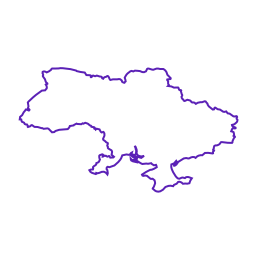 map outline of Ukraine (Natural Earth projection), rotated 4°
{"feature_id": "UKR", "entity_name": "Ukraine", "entity_type": "country or territory", "adm_level": 0, "iso_a3": "UKR", "parent_name": "Europe", "parent_adm1": "", "projection": "natural_earth1", "projection_center": [31.244, 48.371], "detail": "fine", "context": "isolated", "style": "outline", "palette": "violet", "viewbox_px": 256, "rotation_deg": 4, "n_neighbors": 0, "source": "natural_earth", "source_scale": "50m", "svg_char_len": 5869}
<svg xmlns="http://www.w3.org/2000/svg" viewBox="0 0 256 256"><g transform="rotate(4 128 128)"><path d="M176.1,168.9L179.0,172.9L180.5,174.3L181.5,174.9L182.8,175.0L185.1,173.8L186.1,173.6L188.3,174.0L189.1,173.2L190.2,172.8L191.7,172.7L195.2,173.7L193.8,176.2L193.1,178.8L191.1,179.4L188.9,179.4L186.7,179.8L185.3,178.7L184.3,178.3L182.9,178.0L181.8,178.3L180.4,180.2L177.9,181.5L177.1,182.9L174.6,182.6L172.5,182.9L169.5,184.2L167.2,187.1L164.6,188.9L162.6,189.4L160.7,189.2L159.5,188.7L156.9,186.8L157.1,186.1L157.9,184.8L158.9,181.3L158.7,180.1L158.1,178.3L156.1,176.9L154.5,177.2L153.6,176.8L150.3,174.4L148.5,174.2L146.5,174.7L145.7,174.4L145.2,173.5L149.1,170.6L153.0,168.2L154.7,167.9L156.9,166.8L159.4,165.1L159.0,163.7L158.5,162.8L156.5,163.4L154.4,162.3L153.6,161.5L150.5,162.3L148.7,162.2L144.8,162.9L143.0,162.2L139.4,160.2L138.0,159.8L136.8,159.9L136.2,159.2L137.0,158.9L138.8,158.6L139.1,158.2L139.0,157.6L137.1,157.1L135.4,156.9L133.5,155.6L135.4,155.6L137.4,156.1L140.5,156.3L143.3,156.9L146.0,154.7L143.2,155.5L140.5,155.0L139.4,154.3L138.6,153.2L138.2,152.1L138.4,151.0L138.1,149.0L136.9,146.3L135.9,145.4L136.9,147.4L137.2,148.7L137.8,149.9L137.7,153.0L137.3,154.1L136.2,154.4L133.2,153.9L133.6,152.2L132.7,152.8L131.6,154.5L130.6,154.7L128.3,154.5L124.2,155.7L123.3,158.6L122.5,160.1L120.7,162.6L117.1,166.3L112.2,168.4L110.5,168.1L109.8,168.6L109.5,169.2L109.5,170.5L110.3,171.4L111.0,174.5L110.7,175.8L109.0,174.1L107.0,173.3L104.8,173.6L102.4,174.8L100.7,175.3L99.4,175.0L99.2,175.7L99.5,175.9L99.1,176.2L95.3,175.3L93.6,174.4L92.4,172.8L93.6,172.1L95.9,171.8L96.1,170.9L95.8,169.5L96.7,168.4L98.0,167.5L98.8,166.6L98.9,165.2L100.3,164.6L101.5,163.5L101.8,162.3L102.2,161.5L101.5,159.8L101.3,158.6L101.3,157.6L101.7,157.1L104.0,156.1L104.5,156.1L104.7,156.4L104.7,158.3L105.3,158.1L105.9,157.0L106.4,157.3L107.0,157.5L107.8,157.2L109.0,157.9L109.7,158.0L110.9,157.3L111.4,157.4L112.4,158.8L115.4,158.4L116.0,157.7L113.5,155.9L113.8,153.0L113.5,152.1L113.0,151.4L111.1,150.5L109.6,149.7L109.3,149.3L109.2,148.0L108.6,147.3L108.5,146.7L108.9,145.8L109.0,144.9L108.9,144.5L107.0,143.6L106.4,142.9L104.3,141.6L104.0,141.1L103.9,140.5L104.6,138.5L105.0,137.4L105.0,136.7L104.8,135.0L104.0,133.8L103.6,133.6L102.1,134.3L101.5,134.0L100.8,133.3L99.7,131.4L96.8,130.9L95.9,131.8L95.5,131.0L95.0,130.7L94.5,131.0L94.3,130.7L94.6,129.9L93.9,129.5L92.3,129.5L91.4,129.3L91.3,128.7L90.8,128.3L89.9,128.1L89.1,127.6L88.2,126.8L87.0,126.3L85.0,125.8L83.2,126.8L82.4,126.5L81.1,127.5L77.1,127.5L76.4,127.2L73.9,128.7L73.6,129.2L69.8,130.1L69.4,131.5L68.0,133.3L59.5,134.6L55.9,136.0L54.7,137.2L52.5,137.6L48.8,134.3L47.6,134.0L43.9,134.7L42.5,134.1L41.8,134.2L37.8,133.3L34.6,133.4L32.2,131.9L31.4,131.9L30.3,133.1L28.1,134.0L27.9,133.8L27.8,133.3L27.9,132.8L26.9,131.5L25.8,131.6L24.7,131.2L24.0,130.0L22.8,129.5L21.9,129.3L21.5,128.8L20.9,126.9L19.4,127.0L19.6,124.4L21.5,122.6L22.8,119.7L24.5,117.3L24.7,116.7L25.2,116.6L27.9,117.5L28.3,117.2L28.4,116.5L26.8,115.2L27.2,113.3L26.3,109.5L27.0,108.5L31.2,104.0L34.0,101.3L39.5,96.7L42.7,96.2L43.7,94.7L44.1,94.3L44.2,93.0L43.7,91.4L42.9,90.4L43.2,90.1L44.0,89.9L44.5,89.5L44.4,89.1L43.1,88.1L42.6,87.3L41.8,85.2L39.5,82.4L39.4,81.8L39.7,81.1L39.5,80.3L38.9,79.3L39.0,77.9L40.2,77.4L41.2,77.5L42.0,77.7L43.0,78.2L45.2,77.0L47.1,75.4L47.6,74.4L48.1,74.0L54.1,73.5L56.5,73.0L58.8,72.9L66.6,73.3L72.2,74.3L72.8,74.8L76.6,75.4L81.0,75.7L82.8,78.1L86.4,78.0L87.4,78.4L87.3,79.7L87.5,79.9L88.0,79.8L89.1,78.4L89.5,78.1L91.3,78.6L92.1,78.5L92.9,78.0L93.3,77.9L96.2,78.6L97.4,78.6L98.2,78.9L98.8,80.2L99.8,80.6L100.5,79.4L101.2,78.9L102.7,78.4L103.7,77.6L104.2,77.6L104.6,77.8L105.1,78.3L106.5,80.9L107.1,81.3L109.6,80.5L113.8,80.2L115.6,79.8L116.8,79.9L118.5,81.1L118.8,82.2L120.2,83.0L121.3,83.1L121.7,82.3L122.4,81.7L122.0,80.0L121.2,78.1L121.8,76.7L122.8,74.8L123.9,73.5L126.5,71.2L127.7,70.8L129.3,71.2L130.9,70.3L133.6,70.3L136.0,70.4L138.3,71.2L140.1,71.2L142.0,70.2L142.9,67.8L143.7,67.3L144.6,67.3L148.1,68.1L149.2,68.1L152.2,66.8L153.8,66.6L155.8,66.9L159.1,66.7L160.1,67.2L161.3,68.1L162.5,69.6L163.6,72.2L167.1,75.3L167.1,75.9L166.9,76.2L163.8,76.8L163.7,77.3L164.8,78.7L164.9,80.8L165.2,81.6L165.7,82.0L165.8,82.4L165.0,83.3L168.3,83.5L171.0,84.5L175.1,84.1L175.5,84.4L176.3,86.2L176.8,86.5L178.1,86.5L178.4,86.8L178.1,87.4L178.2,87.9L178.6,88.6L179.1,90.2L179.8,91.3L179.8,92.0L179.2,93.1L179.5,94.2L180.4,95.4L181.1,95.7L181.7,96.8L182.7,97.1L185.2,95.7L187.9,96.2L188.8,96.8L189.5,97.7L190.3,98.1L191.0,97.9L192.6,98.1L194.0,99.2L195.7,98.0L198.4,97.2L200.1,97.1L202.6,96.0L203.6,96.1L204.5,97.2L205.5,98.0L205.8,99.1L207.1,100.8L211.3,103.7L212.5,103.4L212.6,103.1L212.8,102.1L213.1,101.7L213.7,101.6L216.1,103.0L218.5,103.2L221.8,105.1L223.1,105.2L224.8,104.6L226.4,106.4L228.4,106.6L232.3,109.0L233.4,109.1L235.3,108.6L235.9,108.9L236.1,109.5L235.7,110.2L235.7,111.2L236.6,112.1L236.6,113.1L236.4,113.9L236.0,114.7L233.9,116.8L231.5,117.7L231.7,118.4L232.3,119.1L235.2,120.1L235.4,120.5L235.2,120.8L234.2,121.0L232.9,120.8L231.9,121.8L231.2,124.1L232.7,124.4L233.6,124.8L234.2,126.7L234.3,127.7L233.9,128.1L233.8,128.5L235.2,129.1L235.3,129.5L234.4,130.6L233.2,133.8L233.2,135.0L232.8,135.6L228.6,135.8L222.6,135.5L221.7,135.7L220.5,137.6L219.5,138.4L218.0,139.1L216.3,139.3L215.3,140.0L215.0,141.3L215.0,142.4L214.4,143.7L214.5,144.1L215.4,144.4L215.2,145.0L214.7,145.4L214.4,146.0L214.6,147.3L214.2,147.5L209.9,147.2L206.5,147.5L204.0,150.0L202.6,150.0L200.5,150.6L199.1,151.4L197.5,153.1L196.2,152.4L194.6,152.4L193.0,152.9L191.2,154.0L190.2,154.2L188.1,153.9L185.7,154.5L180.5,158.3L178.8,161.1L178.2,161.6L177.3,162.3L175.9,162.6L179.1,159.9L179.2,158.5L178.4,157.4L176.4,160.1L173.8,161.3L173.8,163.1L174.0,164.4L174.6,166.1L176.1,168.9ZM140.8,161.8L135.2,160.9L133.6,160.2L133.1,159.5L132.9,158.4L134.5,160.0L139.1,161.1L140.8,161.8Z" fill="none" stroke="#5b21b6" stroke-width="2"/></g></svg>